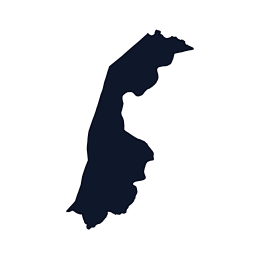 Goudomp, Sédhiou, Senegal, rotated 132°
{"feature_id": "50182788B48951494587639", "entity_name": "Goudomp", "entity_type": "district", "adm_level": 2, "iso_a3": "SEN", "parent_name": "Senegal", "parent_adm1": "Sédhiou", "projection": "mercator", "projection_center": [-15.551, 12.644], "detail": "fine", "context": "isolated", "style": "filled", "palette": "ink", "viewbox_px": 256, "rotation_deg": 132, "n_neighbors": 0, "source": "geoboundaries", "source_scale": "gbopen_adm2", "svg_char_len": 5730}
<svg xmlns="http://www.w3.org/2000/svg" viewBox="0 0 256 256"><g transform="rotate(132 128 128)"><path d="M229.3,89.9L228.8,89.5L228.3,89.4L226.3,89.3L225.9,89.0L225.1,88.3L224.7,88.0L224.6,87.6L224.2,87.3L223.6,87.1L223.3,87.2L222.8,87.3L222.5,87.5L222.1,87.5L221.8,87.6L221.4,87.4L220.9,87.3L220.4,87.2L220.0,86.9L219.1,86.8L218.9,86.5L218.6,86.3L218.2,85.9L217.6,85.5L216.9,85.3L216.2,85.3L215.6,85.1L214.4,84.9L212.9,85.1L212.4,85.0L211.9,85.0L209.9,85.3L209.3,85.0L208.9,85.2L206.8,85.8L206.0,86.0L205.4,86.5L205.0,86.9L204.8,87.2L204.7,87.6L204.5,87.8L204.1,87.8L203.8,87.7L202.8,87.2L202.6,86.8L201.9,85.7L201.3,84.6L201.0,83.3L201.0,82.2L200.3,81.1L200.2,80.7L200.4,80.2L200.3,79.8L199.8,79.7L199.0,78.8L197.7,76.8L197.1,76.5L196.2,76.4L195.5,76.3L195.1,76.1L194.4,75.3L194.2,75.0L194.1,74.5L193.9,74.2L193.5,73.9L192.9,73.7L192.2,73.5L191.8,73.6L190.9,74.3L189.7,75.0L189.3,75.1L187.7,75.0L187.0,75.1L186.1,75.7L185.5,76.0L185.1,75.8L183.5,75.5L183.1,75.4L182.5,75.3L180.8,75.2L179.8,75.3L179.2,75.2L178.3,75.4L177.3,76.0L175.8,76.1L173.2,77.7L172.7,77.7L171.8,77.9L170.6,78.3L169.6,78.8L168.7,80.0L168.3,80.4L167.8,81.1L167.7,81.4L167.4,81.6L166.9,82.5L166.8,82.9L166.8,83.6L167.2,85.3L167.4,86.9L167.2,87.3L166.9,87.3L166.5,87.6L166.0,87.8L164.9,87.9L164.1,87.8L162.9,87.3L162.3,87.0L161.9,86.6L161.1,86.2L160.2,85.4L157.7,83.4L157.0,83.0L155.8,82.2L155.1,82.0L154.6,81.9L153.8,81.9L153.3,82.3L152.9,82.8L151.9,84.9L151.2,86.1L150.4,87.1L149.6,87.9L148.7,88.3L147.7,88.9L147.1,89.3L145.4,90.0L144.3,90.6L143.1,91.1L141.7,91.4L140.9,91.5L139.9,91.5L139.6,91.3L138.1,90.7L136.9,90.0L136.2,89.4L135.4,88.7L134.6,88.3L133.9,88.8L133.3,89.8L132.8,90.3L132.5,90.7L131.4,91.4L131.0,91.7L130.5,92.1L130.0,92.6L129.8,93.1L129.5,93.9L128.9,97.3L128.7,98.2L128.7,98.9L128.5,99.6L128.5,100.4L128.1,101.7L127.8,102.7L127.5,103.2L127.6,105.2L127.5,106.5L127.5,106.9L127.8,107.4L127.9,108.0L128.2,108.6L128.4,109.4L128.7,110.1L128.9,111.1L130.1,113.4L130.4,115.1L130.6,115.7L130.9,117.2L131.5,121.0L131.9,124.3L132.5,127.5L132.5,128.7L132.5,129.2L132.4,129.9L132.1,130.3L131.2,131.1L129.1,132.9L126.1,136.1L125.7,136.7L125.4,137.3L124.7,138.3L124.3,139.1L124.1,139.9L123.2,141.8L122.6,142.7L122.3,143.1L121.3,144.0L120.9,144.2L118.6,145.3L115.6,146.9L113.3,148.3L111.8,150.6L110.6,152.1L109.5,153.1L108.2,154.0L107.3,154.1L106.6,154.2L105.8,154.1L105.0,153.9L103.4,153.7L102.7,153.4L101.6,153.1L101.3,152.9L100.6,152.3L99.8,151.5L99.5,151.1L98.6,150.1L98.0,149.3L97.8,147.0L97.9,145.9L98.0,145.6L98.0,145.1L98.1,144.7L98.1,144.1L98.0,143.8L98.0,143.4L97.5,142.5L97.1,141.9L96.1,141.3L94.9,140.7L94.2,140.3L93.1,140.1L92.2,140.2L91.6,140.2L90.5,140.4L88.7,140.3L87.6,140.3L86.4,140.2L85.6,139.9L84.3,139.3L83.8,138.9L82.1,138.7L81.5,138.3L80.9,138.3L80.2,138.1L79.7,138.2L78.1,137.9L77.2,137.9L76.4,137.9L75.1,138.0L74.2,138.4L73.5,138.4L73.0,138.6L72.0,138.9L71.6,139.2L71.0,139.4L69.5,140.8L68.8,141.5L68.4,142.2L68.0,142.7L67.8,143.2L67.4,143.6L67.1,144.3L66.3,145.2L65.3,146.3L64.7,146.5L64.1,146.7L63.7,146.6L63.3,146.6L62.1,146.6L61.7,146.2L61.2,146.0L60.7,145.7L60.5,145.4L59.9,145.1L59.4,144.6L58.7,144.2L57.2,142.8L56.6,142.1L56.1,141.7L55.6,141.4L55.0,140.9L51.9,139.8L50.8,139.9L49.6,140.4L48.6,140.6L47.8,141.0L46.1,141.6L42.3,143.7L42.1,143.8L41.5,143.7L40.7,143.4L36.2,140.1L35.7,139.7L35.3,139.3L32.4,137.5L31.7,137.0L30.2,135.9L28.8,135.0L28.0,134.2L25.8,132.6L25.5,132.8L25.5,133.1L25.5,133.6L25.9,134.7L26.1,135.6L27.0,138.1L27.1,138.8L27.0,139.2L27.4,139.8L27.6,139.9L27.9,140.0L28.1,140.3L27.8,140.8L27.7,141.1L27.7,141.3L27.9,141.6L27.5,142.2L27.1,142.5L27.0,143.2L26.5,143.5L26.1,143.9L26.3,144.4L26.4,144.7L26.4,145.3L26.3,145.5L26.3,145.8L26.4,146.0L26.8,146.3L27.0,146.9L28.0,147.3L28.4,148.1L28.3,148.7L28.7,149.4L28.8,149.5L28.9,149.9L28.8,150.2L28.8,150.5L28.9,151.0L28.9,151.6L28.8,152.2L28.7,152.8L29.1,152.7L29.0,153.1L29.2,153.6L30.0,154.2L30.4,155.0L30.5,155.3L30.6,155.9L30.8,156.3L31.1,156.5L31.6,156.3L32.1,156.4L33.8,157.4L34.7,158.0L35.5,158.5L36.2,159.2L36.2,159.3L36.2,159.6L36.3,160.0L36.8,161.0L36.7,161.3L36.8,161.7L36.8,162.2L36.9,162.5L36.7,163.4L36.5,163.9L36.5,164.6L36.6,165.4L36.9,166.2L37.2,166.9L37.2,167.2L36.9,167.4L36.6,167.6L35.9,168.0L35.1,168.4L35.0,168.7L35.1,169.1L35.5,170.1L36.3,171.6L36.4,172.1L36.5,172.2L37.0,172.2L37.9,171.8L38.7,171.6L38.9,171.2L39.3,171.0L39.5,170.8L39.8,170.8L40.5,170.6L41.1,170.6L41.5,170.7L41.9,170.9L42.4,170.9L42.7,171.1L44.1,171.8L44.2,172.8L44.7,173.2L44.9,174.2L44.8,174.6L44.9,175.2L44.8,176.2L46.0,176.2L49.8,176.6L56.5,177.3L65.2,178.5L73.8,179.5L78.6,180.0L90.7,181.9L94.7,182.5L95.2,182.3L96.4,181.7L98.8,180.7L106.1,177.2L108.1,176.4L110.1,175.4L115.5,172.4L116.7,171.8L121.1,170.1L124.6,168.4L130.0,165.8L134.4,163.9L137.1,162.6L141.4,160.8L145.3,159.3L150.3,157.2L156.3,154.6L159.1,152.8L162.1,150.7L163.6,149.5L165.3,148.2L168.1,146.2L170.7,144.1L174.2,140.2L178.4,135.6L185.5,133.0L191.7,130.3L192.8,129.8L194.6,128.9L202.1,124.2L203.3,123.8L207.0,122.2L212.5,120.0L214.4,119.1L215.7,118.6L216.8,117.9L218.2,117.8L218.9,117.6L220.6,117.6L225.9,117.7L230.5,117.7L230.3,117.3L230.1,117.2L230.3,117.1L230.1,116.9L229.5,116.2L229.1,116.1L229.1,115.9L228.5,115.7L228.2,115.7L228.1,115.4L227.3,115.1L226.6,115.2L226.2,114.8L226.2,114.5L225.6,113.8L225.5,113.5L225.5,112.8L225.2,111.2L225.2,110.7L225.1,110.0L225.0,109.6L224.9,109.1L224.6,108.4L224.3,107.6L223.8,106.5L223.3,105.7L222.8,105.3L222.5,105.1L222.4,104.6L222.5,103.9L222.8,103.6L223.4,102.7L224.2,101.7L224.8,100.5L225.3,99.8L226.0,98.1L226.5,97.3L226.8,97.0L226.9,96.6L227.0,96.1L227.0,95.7L226.9,95.3L226.6,94.5L226.7,93.7L226.8,93.4L227.1,93.1L228.0,92.8L228.4,92.6L229.2,91.8L229.5,91.1L229.3,90.5L229.3,89.9Z" fill="#0f172a" stroke="#020617" stroke-width="1.5"/></g></svg>